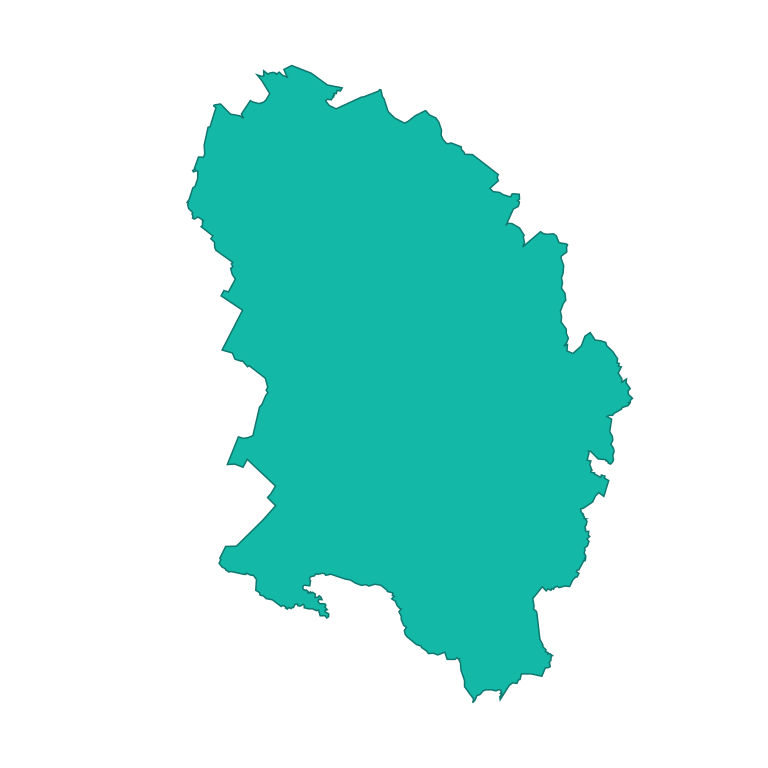 the district of Encarnación de Díaz, Jalisco, Mexico, rotated 286°
{"feature_id": "50627088B17242073021011", "entity_name": "Encarnación de Díaz", "entity_type": "district", "adm_level": 2, "iso_a3": "MEX", "parent_name": "Mexico", "parent_adm1": "Jalisco", "projection": "albers", "projection_center": [-102.263, 21.568], "detail": "fine", "context": "isolated", "style": "filled", "palette": "teal", "viewbox_px": 768, "rotation_deg": 286, "n_neighbors": 0, "source": "geoboundaries", "source_scale": "gbopen_adm2", "svg_char_len": 6171}
<svg xmlns="http://www.w3.org/2000/svg" viewBox="0 0 768 768"><g transform="rotate(286 384 384)"><path d="M166.2,274.9L163.4,278.8L162.7,282.3L161.6,283.2L160.5,286.9L161.6,288.5L162.4,301.7L162.9,303.7L164.3,303.9L163.5,308.2L164.0,311.3L160.9,315.3L150.3,317.6L149.2,321.8L146.9,323.1L147.1,326.4L145.2,330.0L145.8,336.1L141.8,346.5L143.3,347.9L142.6,351.1L141.5,351.2L141.9,352.0L140.9,352.9L142.9,354.3L142.5,356.7L144.0,357.5L144.2,358.6L147.4,359.1L148.1,360.1L148.6,361.6L147.1,362.2L147.4,364.6L149.9,367.1L148.9,368.6L146.9,368.9L147.1,373.7L148.2,377.2L147.5,381.4L148.6,383.4L143.6,386.5L145.0,391.2L143.3,393.5L145.0,394.9L147.8,394.2L148.9,389.8L150.1,389.8L151.4,391.7L153.3,388.5L154.7,389.2L156.0,388.6L156.4,387.4L155.1,382.8L156.8,380.5L159.0,380.8L159.6,383.9L161.8,382.0L162.6,380.0L160.8,379.3L159.9,376.3L163.1,375.9L164.1,372.8L162.9,371.3L163.9,370.7L162.0,369.1L162.3,368.4L163.3,368.8L164.6,365.9L163.8,364.6L164.9,362.6L166.8,361.8L168.7,362.8L169.5,368.3L174.8,367.6L175.6,366.3L177.2,366.0L179.0,367.1L180.1,369.7L182.8,371.0L182.7,372.5L185.1,377.1L185.3,379.2L184.0,380.7L186.5,385.3L185.8,399.8L186.3,405.8L184.7,411.5L184.2,417.8L186.2,421.9L185.6,425.1L189.0,430.4L189.7,436.4L186.5,443.9L185.5,444.4L185.6,450.1L183.0,450.3L182.8,452.4L179.6,450.6L178.3,454.9L174.6,457.7L172.7,460.8L172.6,462.6L169.2,461.1L165.8,464.4L162.2,465.6L157.3,469.6L156.5,472.6L152.6,471.5L149.3,473.3L147.4,475.8L142.5,487.0L142.3,492.0L141.1,492.6L139.0,498.7L137.1,501.1L138.8,505.5L138.4,510.4L143.0,516.4L136.7,520.6L138.8,528.1L141.1,529.7L140.3,530.7L140.6,532.4L139.5,532.1L136.9,534.4L130.0,536.9L121.4,543.0L115.2,544.9L105.9,556.9L102.1,557.1L105.5,558.7L110.1,559.2L111.9,561.8L116.3,563.9L118.0,566.1L119.6,571.3L119.9,576.3L121.8,578.5L121.9,580.4L120.3,581.7L118.6,581.1L118.4,582.9L115.4,581.5L112.6,582.7L128.9,587.5L132.2,590.1L132.8,594.3L136.6,594.8L137.5,596.2L143.2,596.0L145.9,605.3L146.6,616.3L155.5,617.3L156.6,620.1L158.2,621.7L162.2,619.6L164.4,620.6L168.5,619.7L169.3,620.8L170.5,617.8L169.4,615.9L171.1,615.7L171.1,613.0L173.2,613.0L175.2,609.0L176.6,608.9L181.8,604.1L205.7,594.2L207.6,592.9L208.8,589.8L211.8,589.5L218.8,586.2L232.7,592.1L229.8,596.9L232.2,598.0L231.8,601.4L233.7,601.7L233.4,603.5L235.4,603.9L237.4,606.6L236.5,608.3L239.7,613.7L240.5,618.3L247.8,619.5L251.1,621.3L251.8,622.9L255.7,623.6L256.3,620.7L258.6,621.3L258.9,622.5L269.5,624.8L269.3,625.8L270.6,626.1L271.2,625.4L272.2,625.9L272.4,625.0L274.2,625.5L276.8,622.9L279.9,623.0L281.6,622.0L284.5,624.2L289.2,624.4L290.9,621.8L294.2,623.8L295.0,622.1L298.8,621.4L297.9,618.7L298.8,617.7L299.8,618.0L302.5,616.2L303.7,617.2L308.0,617.0L309.5,614.8L310.1,615.6L309.9,613.4L311.7,613.1L312.8,611.1L313.8,611.6L315.1,609.0L318.1,607.4L319.6,610.0L328.2,617.1L334.9,618.2L338.8,620.5L336.5,626.3L353.1,626.6L354.3,621.9L356.3,621.8L356.4,618.0L354.1,618.2L354.0,617.5L355.5,611.1L356.6,610.9L356.2,607.3L357.8,606.7L358.4,607.7L363.4,603.9L367.0,604.1L366.8,600.2L374.1,600.1L375.9,599.1L376.1,601.4L371.0,610.5L372.4,618.2L371.3,618.6L371.2,620.5L369.8,621.3L369.4,623.8L371.9,625.2L374.5,625.5L378.2,623.6L382.6,623.8L385.6,622.2L388.5,618.8L393.1,619.4L396.5,618.0L400.5,614.1L412.9,612.5L414.2,607.2L415.8,608.9L416.9,612.4L419.1,613.2L425.2,619.1L427.1,619.5L430.4,624.5L433.0,625.6L433.4,624.3L434.1,625.8L436.5,625.4L438.7,626.8L441.4,621.8L444.8,620.6L447.4,622.0L451.8,616.4L455.6,615.7L451.3,612.2L454.7,611.1L459.1,606.1L465.9,607.4L465.7,604.4L468.6,604.5L468.5,602.2L472.6,601.6L478.2,595.0L482.1,587.6L485.1,585.7L485.3,580.2L484.4,574.9L490.3,568.0L485.3,564.0L475.1,563.2L465.4,557.2L466.2,550.8L472.4,549.5L470.1,546.5L473.8,548.2L478.8,548.6L482.9,545.3L487.0,544.1L492.5,537.1L497.5,536.2L502.5,533.5L510.8,534.2L514.8,535.6L521.1,532.9L525.1,528.1L530.3,527.8L535.0,525.3L540.0,525.6L547.3,524.1L554.0,519.3L556.0,519.3L561.3,523.3L566.1,521.7L568.3,522.2L568.9,521.1L568.1,513.3L573.9,508.8L575.1,505.6L572.8,499.3L572.5,495.8L573.6,492.5L554.0,479.5L558.4,480.1L564.1,477.3L565.6,477.7L571.4,471.2L573.5,462.8L572.8,459.3L571.1,457.7L587.9,460.1L591.6,464.0L593.4,464.2L596.3,464.0L597.2,462.0L599.2,463.3L603.7,461.7L602.4,455.5L601.5,454.4L599.5,454.6L598.7,453.3L598.8,446.5L600.0,442.2L599.0,435.8L601.3,431.9L610.9,437.9L613.7,435.9L616.8,436.1L628.9,405.9L627.1,398.3L628.9,397.0L630.7,393.8L633.3,392.8L634.2,382.1L632.5,379.1L632.6,377.5L635.3,373.3L639.0,370.3L643.7,369.4L650.7,364.6L654.1,360.5L655.2,353.2L658.0,349.3L658.1,348.3L650.4,340.0L643.5,335.1L640.4,331.8L642.6,320.9L647.0,312.9L658.3,305.3L659.9,303.2L665.9,300.0L665.7,298.6L664.0,298.0L654.3,285.2L653.6,283.3L635.3,262.1L636.6,254.6L640.1,249.8L642.0,250.9L642.7,255.1L645.6,255.7L646.2,257.1L646.2,255.8L647.9,256.6L647.9,255.7L649.7,256.1L650.0,258.1L653.3,258.0L653.6,261.3L657.1,262.2L655.8,247.2L662.7,228.5L664.7,207.5L658.8,201.1L652.3,206.3L652.8,201.4L654.9,197.3L651.9,195.0L652.9,194.3L653.1,191.9L651.3,188.2L649.9,187.2L651.9,182.0L647.1,183.6L646.0,181.4L646.2,176.8L642.2,182.6L631.7,194.1L624.5,192.3L621.6,190.5L619.1,186.5L618.9,179.7L619.6,177.4L604.2,172.5L600.7,175.9L602.1,171.7L601.1,162.1L608.1,149.6L605.3,143.8L604.3,143.7L603.3,146.3L583.4,145.9L582.3,144.1L564.0,145.3L555.8,148.3L552.3,148.0L551.1,143.1L538.9,142.3L538.5,143.3L536.5,141.2L535.4,142.3L537.5,145.7L537.1,146.4L529.7,148.3L522.0,147.9L519.8,146.2L507.6,145.8L504.4,144.7L504.9,145.8L502.1,145.9L498.8,147.9L495.9,153.0L494.4,152.6L492.4,154.3L490.8,154.1L490.2,156.2L493.3,159.2L491.3,165.3L490.5,164.7L486.4,165.8L484.8,164.8L479.2,178.7L475.9,177.5L473.5,182.0L468.6,183.6L466.2,185.6L459.2,205.2L457.4,204.1L455.0,206.5L452.9,204.7L447.7,207.8L443.8,212.2L429.6,209.0L429.8,204.4L423.8,203.1L416.0,227.7L372.0,219.0L372.0,229.7L366.8,233.9L366.5,240.3L367.4,241.3L363.0,248.1L364.4,249.3L357.3,267.2L356.6,268.5L348.6,273.2L345.6,272.4L343.7,274.8L340.4,273.5L330.5,272.3L327.6,270.7L298.2,272.2L294.8,267.8L292.9,263.5L293.1,258.6L263.4,255.6L265.9,262.7L265.1,271.4L273.9,273.3L256.0,307.8L247.2,305.5L242.8,303.3L237.1,313.4L219.6,305.0L187.4,286.8L184.2,276.6L171.2,274.2L170.2,275.5L166.2,274.9Z" fill="#14b8a6" stroke="#0f766e" stroke-width="1.5"/></g></svg>